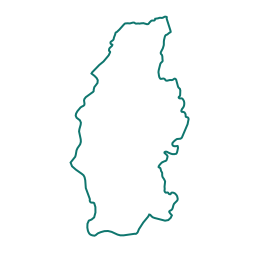 SVG path tracing the border of Nan, rotated 173°
{"feature_id": "THA-393", "entity_name": "Nan", "entity_type": "Province", "adm_level": 1, "iso_a3": "THA", "parent_name": "Thailand", "parent_adm1": "", "projection": "mercator", "projection_center": [100.668, 18.812], "detail": "fine", "context": "isolated", "style": "outline", "palette": "teal", "viewbox_px": 256, "rotation_deg": 173, "n_neighbors": 0, "source": "natural_earth", "source_scale": "10m", "svg_char_len": 4786}
<svg xmlns="http://www.w3.org/2000/svg" viewBox="0 0 256 256"><g transform="rotate(173 128 128)"><path d="M133.3,22.0L134.1,22.2L145.2,22.0L148.7,22.4L151.4,23.5L156.9,26.9L160.4,28.2L164.0,28.5L167.5,28.0L170.5,27.2L171.9,26.4L173.1,25.6L174.4,25.2L176.5,25.8L178.2,26.7L179.2,27.8L179.8,29.1L180.3,30.9L180.5,34.1L179.9,37.9L178.2,40.8L175.3,41.6L172.5,43.4L170.6,48.1L170.0,53.5L170.7,57.5L171.5,58.1L173.7,58.5L174.4,59.1L174.8,60.2L174.8,60.9L174.6,61.6L174.6,62.4L177.2,73.5L176.8,81.3L177.1,84.4L177.9,86.5L179.4,88.1L184.8,93.0L188.2,96.8L189.2,100.7L183.9,105.9L183.1,107.8L181.8,112.1L180.6,114.1L177.5,117.6L176.5,120.0L176.3,122.5L177.0,130.5L176.4,132.7L174.6,137.0L174.1,139.1L174.8,141.5L177.8,144.5L178.4,146.6L177.8,148.6L176.2,150.8L172.7,154.1L171.6,154.7L169.4,155.5L168.5,156.3L168.2,157.6L168.3,160.6L167.8,162.0L166.2,163.7L158.1,168.2L157.6,168.8L157.4,170.1L156.5,172.6L152.8,176.4L152.2,179.1L153.0,181.3L154.8,183.7L157.6,186.5L156.8,187.6L148.9,194.0L144.2,197.0L138.3,202.5L136.7,205.1L136.5,205.5L136.5,205.9L136.7,206.2L137.0,206.5L137.3,206.8L137.4,207.5L137.1,208.6L136.8,209.2L136.2,209.8L134.0,211.4L133.5,212.1L133.4,212.6L133.7,212.8L134.4,213.3L134.8,213.6L135.0,214.1L135.0,214.9L134.8,215.4L134.5,215.7L132.2,217.0L131.7,217.5L131.4,218.0L130.9,219.5L129.3,222.5L129.0,223.5L128.7,224.0L128.2,224.4L127.8,224.5L127.3,224.7L124.6,226.7L119.5,231.2L118.4,232.0L117.9,232.1L115.7,232.0L113.6,231.6L113.1,231.6L110.5,232.0L109.4,231.9L109.0,231.8L108.3,231.2L107.9,230.9L107.6,230.7L107.1,230.6L105.1,230.5L104.3,230.3L103.8,230.2L101.9,230.3L101.5,230.2L100.0,230.2L96.5,228.7L95.4,228.7L94.8,229.0L93.8,230.1L92.1,231.4L91.5,231.7L90.8,231.7L89.2,231.5L88.6,231.6L88.1,232.1L87.7,233.1L84.8,233.2L83.4,233.5L82.8,233.5L80.9,233.1L80.3,233.2L79.7,233.3L78.8,233.7L78.2,233.9L77.7,234.0L77.1,233.9L76.7,233.8L76.0,233.3L76.3,231.8L74.0,219.6L73.9,218.2L74.3,217.9L74.7,217.7L75.6,217.3L76.3,216.9L77.3,216.2L77.7,216.0L79.2,215.6L79.8,215.0L80.4,213.9L81.5,211.0L81.9,209.3L82.3,206.3L82.5,205.6L83.6,203.1L84.0,202.4L85.2,200.7L86.2,199.1L86.4,198.4L86.3,197.8L86.2,197.4L85.4,196.3L85.3,195.7L85.2,194.8L85.4,191.8L85.4,190.7L85.5,190.3L85.7,189.9L85.9,189.7L86.5,189.3L87.5,188.5L87.8,188.1L88.1,187.7L90.4,181.8L90.8,180.4L91.0,179.2L90.9,178.2L90.9,176.3L90.8,175.4L90.7,174.6L90.2,173.4L89.9,173.0L89.6,172.8L89.1,172.7L86.9,172.8L86.6,172.7L86.3,172.6L86.0,172.4L85.8,172.3L85.6,172.1L85.2,171.4L85.0,171.0L84.7,170.7L84.4,170.4L83.9,170.3L83.4,170.2L82.4,170.3L80.9,170.5L80.3,170.5L78.8,170.2L78.3,170.3L77.9,170.3L77.4,170.5L76.2,171.2L75.8,171.3L75.3,171.2L75.0,171.0L74.7,170.7L74.5,170.3L74.3,169.9L73.3,162.9L73.1,162.5L73.0,162.1L71.7,160.5L71.6,159.6L71.5,158.9L72.2,154.6L72.3,154.1L72.5,153.7L72.8,153.3L73.6,152.8L73.9,152.4L74.0,152.0L73.8,151.6L73.5,151.3L73.1,151.1L72.6,151.0L71.0,150.8L70.6,150.6L70.2,150.1L69.8,149.4L69.2,147.8L69.1,146.7L69.1,145.9L69.2,145.3L69.4,144.2L69.7,143.3L70.1,142.5L70.6,141.8L71.4,140.9L71.8,140.6L72.5,139.6L73.0,138.5L72.9,137.9L72.6,137.5L72.2,137.4L71.1,137.2L70.5,136.9L70.0,136.5L69.4,135.3L69.2,134.3L69.3,133.0L69.3,132.3L69.0,131.9L68.1,131.5L67.5,131.3L66.9,130.5L66.8,129.8L66.8,129.3L67.3,127.9L68.4,124.5L75.7,111.9L76.4,111.4L76.8,111.2L77.2,111.0L77.7,111.0L80.6,111.1L81.4,110.8L82.5,110.2L84.5,108.8L85.3,108.0L85.8,107.5L85.9,106.8L86.0,106.3L85.9,105.8L85.7,105.3L85.5,105.0L85.2,104.7L84.3,104.3L83.8,104.2L82.7,104.1L81.0,104.1L80.8,103.4L80.8,102.1L81.9,98.9L82.5,97.5L83.1,96.7L83.5,96.5L84.0,96.5L85.2,96.4L85.9,96.5L86.8,96.6L87.7,96.9L88.6,97.3L90.9,98.6L91.9,99.4L92.3,99.6L92.8,99.8L93.3,99.9L93.9,99.9L94.6,99.6L94.8,99.2L94.8,98.8L92.8,96.5L92.6,96.1L92.4,95.8L92.3,95.3L92.2,94.8L92.5,94.1L92.8,93.2L93.7,91.4L94.3,90.9L94.8,90.7L95.3,90.6L95.8,90.6L97.1,90.1L97.6,90.0L98.1,89.9L98.8,89.4L99.7,88.8L101.5,87.1L102.2,86.2L102.4,85.5L102.1,85.2L101.8,84.9L101.3,84.7L101.0,84.4L100.8,84.1L100.6,83.1L100.4,81.5L100.3,81.0L100.1,80.6L99.9,80.2L99.7,79.8L99.6,79.3L99.6,78.8L99.8,77.2L99.8,76.1L99.7,75.5L99.6,75.0L99.4,74.6L98.6,73.1L98.1,71.8L97.8,70.9L97.7,70.3L98.9,65.3L99.0,63.0L99.4,61.5L99.4,61.0L99.3,60.5L98.9,59.7L98.6,59.4L98.2,59.2L97.7,59.2L96.8,59.2L96.3,59.0L96.0,58.8L95.4,57.6L95.0,57.3L94.6,57.2L94.1,57.1L93.7,57.3L93.5,57.6L93.2,58.0L92.9,58.3L92.5,58.5L92.0,58.5L91.0,58.3L90.2,57.9L89.5,57.4L89.2,57.1L88.2,55.7L87.6,54.4L87.5,53.8L87.3,51.9L87.4,51.2L87.6,50.6L88.1,49.9L91.5,47.2L92.4,45.7L93.2,43.6L93.7,42.6L94.1,42.0L94.8,41.4L95.6,41.0L96.1,40.9L96.6,40.6L97.1,40.3L97.3,39.8L97.2,39.4L97.0,39.0L96.4,37.9L95.1,36.0L96.5,33.7L99.2,31.7L102.5,31.5L112.7,35.5L114.5,36.5L115.6,37.8L116.5,39.1L117.5,39.5L118.7,37.7L124.4,32.3L129.5,26.2L131.0,23.5L131.5,22.9L132.7,22.1L133.3,22.0Z" fill="none" stroke="#0f766e" stroke-width="2"/></g></svg>